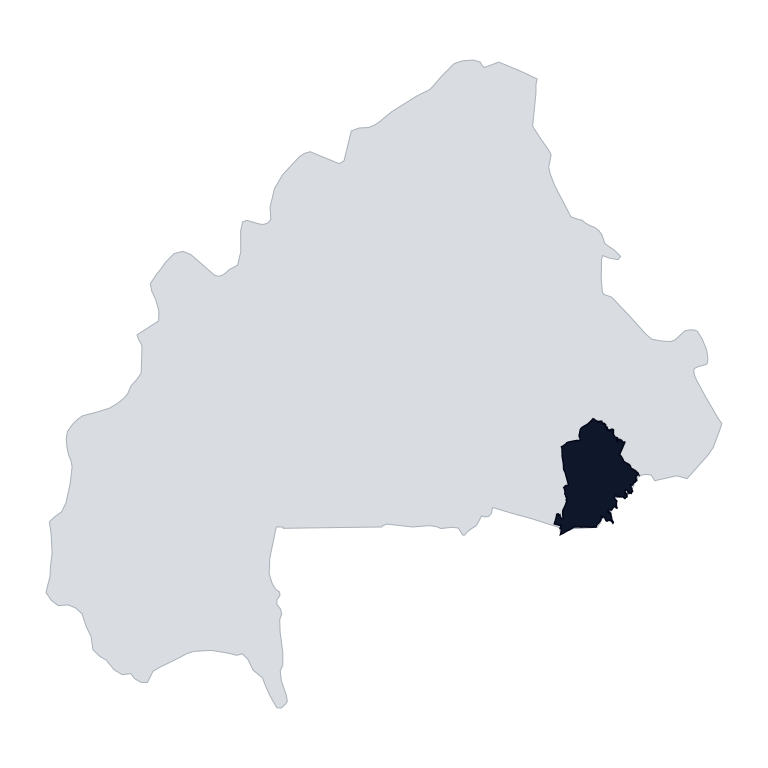 Kompienga, Kompienga, Burkina Faso (highlighted)
{"feature_id": "67063806B63358793036390", "entity_name": "Kompienga", "entity_type": "district", "adm_level": 2, "iso_a3": "BFA", "parent_name": "Burkina Faso", "parent_adm1": "Kompienga", "projection": "equal_earth", "projection_center": [0.936, 11.436], "detail": "fine", "context": "in_parent", "style": "filled", "palette": "ink", "viewbox_px": 768, "rotation_deg": 0, "n_neighbors": 0, "source": "geoboundaries", "source_scale": "gbopen_adm2", "svg_char_len": 8934}
<svg xmlns="http://www.w3.org/2000/svg" viewBox="0 0 768 768"><path d="M595.0,527.5L573.0,528.7L565.0,531.8L560.2,531.9L560.0,529.2L559.5,527.6L531.7,518.7L512.3,513.4L492.6,507.5L491.5,513.1L488.6,516.6L484.4,516.9L481.4,516.0L479.4,520.2L476.2,525.8L471.6,528.6L467.1,532.0L464.6,535.1L462.8,535.1L458.3,528.0L452.3,527.3L441.0,528.5L436.0,526.5L429.1,525.6L412.9,527.0L386.9,524.1L382.7,525.7L381.6,527.0L355.9,527.3L327.6,527.7L303.9,528.0L283.2,528.3L283.2,527.1L276.5,526.9L275.8,529.3L269.8,558.0L269.1,573.6L272.1,583.3L275.6,589.4L279.6,592.0L279.9,595.5L276.8,600.0L277.0,604.6L280.7,609.3L281.6,614.3L279.7,619.6L280.1,632.2L282.8,652.1L282.8,665.1L280.2,671.0L281.4,681.1L286.4,695.4L287.3,701.5L285.4,704.2L281.2,708.0L276.9,707.8L271.9,699.2L269.8,695.3L265.8,686.5L262.4,677.7L257.7,673.9L253.2,670.3L247.7,659.1L242.3,653.8L236.7,655.3L228.4,653.2L211.8,650.4L193.9,651.3L186.4,653.8L179.0,657.9L160.4,666.9L153.0,671.3L147.4,682.5L141.0,682.3L134.7,678.7L130.8,673.6L122.3,674.7L114.1,669.8L106.2,660.0L100.4,656.8L93.0,649.8L91.0,636.4L86.4,627.0L82.1,613.9L75.7,608.0L68.3,604.9L58.1,605.6L51.3,600.3L46.1,592.7L47.5,586.1L50.0,576.7L50.4,567.6L52.1,553.0L51.2,534.6L49.4,521.8L55.1,516.5L61.7,511.7L65.9,503.0L70.2,483.5L72.1,466.7L70.9,460.5L68.7,455.5L67.1,448.2L66.2,439.4L67.4,431.6L72.4,424.5L78.6,418.5L83.1,415.6L94.8,412.7L109.4,408.2L117.8,403.2L124.0,398.1L127.5,394.1L131.0,385.9L136.7,379.6L141.1,373.2L141.8,355.4L141.9,345.2L138.7,339.6L137.0,334.9L158.6,320.9L158.9,311.1L155.9,300.1L151.8,291.3L150.3,283.7L156.3,274.7L161.6,268.0L165.5,262.3L174.1,253.6L182.9,251.3L190.9,254.6L214.4,275.1L218.4,276.4L223.4,274.8L229.6,269.4L237.7,265.2L240.8,251.5L240.6,231.3L242.5,222.0L246.8,220.4L260.3,224.2L263.8,224.4L267.8,223.1L270.7,219.6L270.6,213.1L270.0,207.3L274.5,188.6L282.7,174.6L299.1,157.0L304.2,153.5L310.1,151.7L339.2,163.7L344.0,160.8L351.3,130.9L359.2,128.0L368.7,127.5L374.9,124.9L378.1,122.8L392.0,111.5L416.6,96.1L429.8,89.5L432.3,87.0L441.8,76.0L454.3,63.5L462.3,60.9L473.3,60.0L480.3,62.1L482.1,65.6L484.4,67.5L498.8,62.1L519.4,70.6L537.2,79.0L536.0,84.3L535.9,93.6L534.4,108.5L532.6,126.2L539.9,137.7L548.7,150.1L551.1,154.9L548.7,167.1L550.3,174.3L555.0,186.2L562.9,201.3L571.0,216.9L576.7,218.9L582.1,220.2L585.3,223.0L590.1,225.7L594.8,227.4L598.9,230.8L601.6,234.2L605.0,243.8L614.2,250.1L620.6,256.4L618.0,259.6L610.0,258.3L602.5,255.6L601.5,260.2L601.2,277.8L602.4,292.5L604.2,294.5L611.7,297.2L629.8,316.3L646.1,334.4L651.6,339.1L660.6,340.9L670.7,341.6L675.1,339.9L684.9,330.8L690.1,329.8L694.9,330.1L697.5,331.5L702.2,339.0L706.7,350.2L707.9,358.5L707.5,362.9L706.0,364.6L698.0,366.7L694.5,368.4L693.6,370.9L694.9,376.4L696.5,380.0L705.3,396.3L718.0,418.1L721.9,423.7L719.7,430.2L713.3,447.3L708.5,454.5L687.1,478.6L676.7,475.8L654.7,480.7L651.4,475.1L646.3,474.4L639.9,475.4L637.6,477.5L636.9,479.8L634.6,483.2L630.6,492.8L627.4,495.2L623.5,496.7L618.8,496.5L615.9,497.8L615.9,502.5L615.1,506.7L611.8,508.7L610.5,513.4L610.7,517.9L608.8,520.0L604.7,518.9L602.2,517.6L599.9,523.5L597.1,527.5L595.0,527.5Z" fill="#d9dde1" stroke="#a8b0b8" stroke-width="1"/><path d="M561.4,446.8L561.8,447.7L562.1,450.1L562.0,451.8L562.2,453.0L562.1,455.7L563.4,463.9L563.5,465.7L563.6,468.9L564.0,470.2L565.1,472.3L568.4,484.5L568.1,485.0L567.6,485.4L566.5,485.6L566.2,485.5L565.9,485.8L565.7,485.7L565.4,486.0L565.2,486.0L564.9,486.4L564.7,487.0L563.9,487.3L563.7,487.7L563.9,487.9L564.1,488.0L564.4,488.4L564.5,488.9L564.5,489.9L565.1,490.7L564.9,491.5L565.0,492.4L564.8,494.0L565.4,494.8L565.7,495.4L565.8,496.8L566.5,497.0L566.6,497.5L566.8,497.8L566.7,498.6L566.2,499.6L566.2,500.1L567.0,501.6L567.1,501.8L566.8,502.3L566.2,502.4L566.0,502.9L566.0,503.3L565.7,504.3L563.0,510.1L562.8,510.7L562.7,512.1L562.7,514.0L562.8,516.0L563.1,517.1L563.0,518.1L562.9,518.4L562.5,518.6L561.5,518.6L561.1,518.1L560.7,517.2L560.1,516.1L559.9,514.7L559.3,515.0L558.9,514.9L558.8,515.1L558.6,514.4L558.2,513.8L557.6,514.1L557.0,514.1L556.6,514.6L556.6,515.7L555.3,520.8L554.8,522.0L554.3,523.9L561.1,525.7L560.9,526.3L560.0,528.3L560.3,528.7L561.2,528.7L561.3,529.0L561.4,529.8L560.9,532.7L560.4,534.6L563.5,533.1L565.3,531.9L568.4,530.2L568.9,530.2L569.7,529.6L574.2,527.0L579.3,526.9L581.3,527.2L582.9,527.0L587.8,527.1L590.5,527.1L591.1,527.3L594.1,527.1L594.8,526.9L595.0,527.1L596.0,527.1L596.8,524.7L598.8,522.8L599.1,522.6L600.3,521.0L600.3,520.8L600.5,520.7L600.9,520.0L601.1,519.3L601.0,518.1L601.1,517.3L601.7,516.3L601.9,516.3L602.2,516.5L602.6,517.5L603.4,516.9L604.3,516.9L604.6,517.1L604.9,517.6L605.4,519.4L606.1,520.7L606.5,521.0L607.2,521.1L609.1,520.0L609.4,519.9L609.9,520.5L610.7,520.8L611.3,521.1L612.1,521.9L612.9,523.2L613.4,522.3L613.3,522.0L612.0,520.2L612.0,519.5L611.5,518.8L611.7,517.7L611.4,516.9L610.9,516.4L610.9,516.1L611.2,515.2L610.7,514.6L610.9,513.7L610.6,513.2L610.2,513.1L609.8,512.2L609.2,511.9L609.2,512.1L609.3,512.5L609.0,513.1L608.6,513.0L607.9,512.0L608.2,511.6L608.0,510.7L608.2,510.3L608.7,510.0L611.3,510.0L611.8,509.8L613.1,507.6L613.6,507.0L614.2,506.8L615.6,506.7L616.1,507.9L616.4,508.2L616.8,508.2L617.2,507.8L616.4,506.5L616.5,505.9L616.3,505.0L616.5,503.9L616.2,503.4L616.4,502.9L616.3,502.5L616.8,501.5L616.9,501.0L616.6,500.6L615.7,500.1L615.1,499.5L614.5,497.8L614.5,497.2L615.2,496.2L615.6,495.7L616.1,495.6L616.5,495.9L617.1,496.7L617.9,496.8L618.6,496.6L619.0,496.6L619.3,497.0L619.8,497.0L620.4,496.8L621.1,496.7L621.6,497.0L622.5,496.8L623.0,496.9L624.7,498.5L625.0,498.5L625.7,497.5L626.9,496.9L627.1,496.4L626.8,495.3L626.9,494.2L626.6,493.5L626.2,493.4L626.0,493.6L626.0,493.9L626.5,494.5L626.3,495.0L625.8,494.9L625.5,494.4L625.2,493.4L625.3,492.5L625.0,491.4L625.1,490.9L625.3,490.2L625.6,489.8L626.2,489.8L626.9,490.3L627.6,491.1L628.3,493.0L629.2,493.2L629.4,492.2L629.8,492.1L630.1,492.3L630.4,493.1L631.3,493.4L631.8,492.1L632.6,491.3L632.6,490.9L631.8,489.6L631.8,488.6L631.4,488.3L630.9,486.6L631.0,486.1L630.6,485.5L630.8,485.0L631.1,484.9L632.1,485.1L632.6,484.9L632.9,484.6L632.8,484.0L633.5,482.9L633.5,482.2L633.7,481.9L633.9,481.9L634.2,482.5L634.4,482.5L635.3,481.9L635.5,481.1L636.6,480.8L636.8,480.5L636.8,480.0L636.2,479.7L636.2,479.0L635.9,478.1L636.3,475.9L637.9,474.7L638.3,474.5L638.7,474.8L638.3,473.8L638.1,473.6L638.1,473.3L637.8,473.1L637.7,472.7L637.2,472.7L637.0,472.1L636.3,471.8L636.1,471.4L635.3,470.4L634.9,470.2L634.6,470.3L634.2,470.3L633.0,469.1L632.4,469.1L632.2,468.8L631.7,468.8L630.9,467.8L630.6,467.0L630.6,466.5L630.4,466.0L630.1,465.7L629.6,464.9L629.0,464.7L628.8,464.2L628.2,464.1L627.4,463.4L627.1,463.7L626.9,463.7L626.6,463.4L626.3,463.3L625.9,462.7L625.6,462.4L624.7,462.1L624.4,461.8L623.9,461.8L623.7,461.6L623.4,460.2L622.7,458.9L622.3,458.0L620.5,455.4L619.9,455.2L619.5,454.8L624.9,442.2L624.2,441.9L623.7,442.1L623.4,442.3L622.9,442.2L622.4,441.6L622.0,441.5L622.0,441.3L622.1,441.0L621.7,440.5L621.8,440.7L621.7,440.8L621.6,440.5L621.4,440.6L621.2,440.2L620.9,440.2L620.7,440.0L620.2,440.2L619.9,440.0L619.8,439.6L619.5,439.8L619.0,439.4L618.4,439.2L618.1,439.4L617.7,440.2L617.7,440.4L617.9,440.5L617.9,441.2L617.6,441.7L617.3,441.5L616.7,441.3L616.5,440.9L616.6,440.7L616.6,440.4L616.6,440.1L616.4,439.9L616.5,439.3L617.5,438.1L617.3,437.7L617.1,437.7L616.0,437.4L615.5,437.2L615.0,437.2L614.7,436.8L614.4,435.9L614.1,435.3L613.6,434.8L613.4,433.9L613.2,433.5L613.0,433.2L613.0,432.7L613.3,432.9L613.5,432.3L613.2,431.7L613.3,431.1L613.5,430.9L613.2,430.4L613.5,430.2L613.5,429.9L613.3,429.6L612.5,429.5L612.3,429.2L612.1,429.1L611.2,429.6L611.0,429.4L610.8,429.5L610.7,429.8L610.4,429.9L610.4,430.2L610.0,430.3L609.5,431.1L609.2,430.8L609.2,430.7L608.8,430.4L608.6,430.4L608.6,430.1L608.6,429.7L608.4,429.7L608.4,430.0L608.3,429.9L607.9,429.5L607.7,430.0L607.4,429.7L607.2,429.7L607.0,429.3L607.2,428.9L606.9,428.6L607.0,428.4L607.2,428.7L607.3,428.6L607.2,428.4L607.3,428.3L606.9,427.5L607.1,427.2L606.8,427.1L606.7,427.3L606.4,427.1L606.0,427.2L606.0,426.8L605.7,426.7L605.8,426.5L605.8,426.3L605.4,426.3L605.6,425.9L605.4,425.3L605.6,424.9L605.6,424.5L605.2,424.3L604.9,424.4L604.8,424.0L604.5,423.7L604.3,423.7L604.0,423.3L603.8,423.6L603.1,423.9L602.5,422.9L602.2,422.8L601.9,422.4L601.7,421.4L601.2,421.9L600.9,421.4L600.1,421.1L598.6,422.1L598.3,421.9L598.1,421.4L597.7,421.7L597.2,421.3L596.7,421.6L596.4,421.0L596.2,421.1L595.7,420.3L595.2,420.0L594.4,419.9L594.2,419.4L594.1,419.1L593.3,419.0L593.0,418.7L592.9,418.8L591.2,420.8L587.7,424.1L586.4,424.8L586.2,424.9L585.5,425.5L584.8,425.7L582.5,427.1L581.6,427.8L580.7,428.8L580.2,429.9L580.2,431.0L580.1,431.4L579.9,431.5L579.7,432.9L579.7,433.7L579.3,434.1L579.2,435.1L579.2,436.5L580.3,439.0L580.3,439.8L579.8,440.2L579.1,440.3L578.6,440.6L578.0,440.7L577.7,440.5L577.2,440.4L571.5,441.4L570.6,441.7L569.2,441.9L567.3,442.5L566.6,442.9L566.0,443.8L565.3,444.4L565.1,444.6L564.2,445.0L564.0,445.5L563.9,445.7L563.3,445.9L563.0,446.2L562.2,446.3L561.4,446.8Z" fill="#0f172a" stroke="#020617" stroke-width="1.5"/></svg>